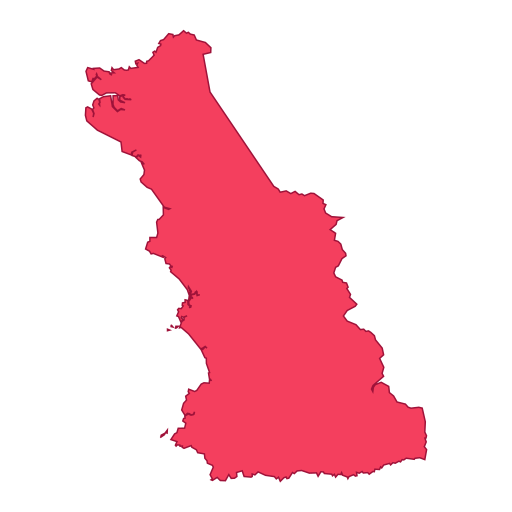 Mariato, Veraguas, Panama (Mercator projection)
{"feature_id": "35544464B44926155348372", "entity_name": "Mariato", "entity_type": "district", "adm_level": 2, "iso_a3": "PAN", "parent_name": "Panama", "parent_adm1": "Veraguas", "projection": "mercator", "projection_center": [-80.871, 7.491], "detail": "fine", "context": "isolated", "style": "filled", "palette": "rose", "viewbox_px": 512, "rotation_deg": 0, "n_neighbors": 0, "source": "geoboundaries", "source_scale": "gbopen_adm2", "svg_char_len": 5998}
<svg xmlns="http://www.w3.org/2000/svg" viewBox="0 0 512 512"><path d="M183.6,30.7L178.9,34.9L174.7,35.7L173.4,37.1L172.9,34.5L168.7,33.7L163.6,39.6L160.5,40.6L158.8,43.5L160.9,44.1L160.6,45.6L157.7,47.4L156.0,52.2L154.7,51.1L152.9,52.3L154.1,55.2L148.6,60.8L146.7,61.3L146.6,63.3L144.4,63.4L139.0,59.7L135.3,61.2L135.8,63.8L137.7,63.2L136.8,65.1L138.1,67.4L130.8,68.4L129.3,66.8L128.4,69.9L126.7,70.3L124.3,70.0L121.3,67.6L119.0,69.0L113.6,69.7L112.0,67.7L111.3,70.5L114.2,72.8L110.0,73.0L111.9,75.2L109.7,73.8L109.1,71.8L104.1,71.1L99.7,68.0L93.4,68.4L93.7,69.3L87.7,67.6L86.0,71.3L88.3,80.8L91.8,81.9L93.2,77.9L93.4,79.8L96.8,76.1L96.3,74.4L96.6,73.8L97.2,75.4L96.5,76.8L98.2,77.0L101.3,79.7L97.1,77.1L91.2,83.8L92.9,89.5L99.5,95.0L101.7,95.4L106.5,92.9L115.3,92.8L119.8,95.8L122.9,94.7L125.2,95.1L123.5,95.6L123.3,96.8L125.4,99.1L127.0,98.7L128.8,99.4L129.9,98.9L131.2,99.7L125.1,99.4L123.2,97.3L122.6,95.4L119.7,97.0L119.8,100.2L125.0,102.7L120.6,102.0L118.3,99.9L117.7,95.6L113.1,95.8L113.0,104.4L114.1,107.3L117.5,110.8L121.2,108.5L125.0,109.9L120.6,109.5L117.4,111.6L112.4,106.6L110.6,95.8L103.4,96.7L99.5,98.8L100.0,102.5L99.1,104.0L99.7,104.9L99.7,105.1L99.7,105.3L98.7,104.0L99.8,102.3L98.9,99.5L97.1,98.3L94.0,100.9L92.7,104.9L93.9,107.9L92.5,109.5L94.0,113.5L93.1,117.1L93.7,113.4L91.7,109.1L87.6,106.9L85.9,107.8L85.4,115.3L86.8,120.9L97.4,130.2L121.0,142.0L122.1,151.5L131.2,154.9L131.8,152.2L136.4,149.9L132.6,152.1L132.1,155.5L136.3,156.9L138.0,154.9L140.4,155.6L140.9,154.6L140.6,157.1L138.3,155.4L136.6,157.3L135.2,156.8L139.5,160.8L142.2,161.8L144.3,164.4L141.1,162.0L144.5,170.1L143.9,174.6L140.2,179.0L141.1,182.0L147.1,187.3L151.5,189.2L164.3,207.2L169.9,208.7L168.6,209.4L164.3,207.8L163.2,206.4L163.4,214.9L159.2,219.4L157.8,219.5L156.6,222.1L157.9,233.1L156.6,237.5L149.9,237.5L149.9,241.3L147.7,242.2L145.6,249.0L149.5,251.2L151.1,253.9L153.4,253.4L163.9,257.6L161.9,256.1L162.6,255.7L165.7,257.6L164.8,258.8L166.0,263.5L169.5,264.0L171.7,267.1L172.4,265.7L171.9,267.4L170.1,266.9L169.4,267.8L171.1,270.2L170.6,271.7L179.2,279.0L187.3,289.7L189.3,295.4L188.7,300.1L190.7,296.7L189.4,292.6L190.9,291.5L189.6,290.6L189.6,289.2L188.4,287.9L188.5,286.7L191.4,291.3L190.2,294.7L194.6,293.7L195.3,292.1L196.6,291.3L197.1,291.9L197.1,295.2L199.8,294.7L197.1,295.6L196.3,291.7L194.7,294.2L191.3,294.9L190.8,297.8L191.6,297.3L192.2,297.3L192.8,298.6L191.6,297.5L188.6,301.6L189.1,304.9L191.1,305.8L190.5,307.3L189.0,307.6L190.6,306.9L188.0,304.5L187.8,300.4L185.1,299.8L185.1,302.4L182.5,302.9L182.2,305.3L183.2,305.9L181.3,308.6L178.7,308.4L177.6,309.8L178.6,311.8L176.8,315.9L178.5,316.6L180.8,321.9L183.1,319.4L181.2,317.9L181.7,316.5L183.4,317.2L187.1,315.8L184.1,317.2L184.1,319.9L181.8,321.5L179.6,327.8L181.1,327.4L188.6,333.9L200.8,349.2L201.2,348.5L202.5,349.0L202.5,348.2L205.2,346.4L207.0,348.2L205.3,346.7L202.8,349.4L201.1,349.5L204.9,357.7L206.3,358.2L206.4,363.4L209.6,372.6L208.5,373.0L209.5,379.1L210.5,379.3L211.0,380.3L209.5,380.3L209.2,383.2L203.9,382.8L201.2,384.1L196.8,390.4L194.7,391.5L188.7,389.2L188.2,391.7L189.3,393.4L185.7,396.2L186.5,400.1L183.6,403.3L181.7,410.0L185.1,415.5L187.4,413.3L189.6,413.7L190.7,414.9L193.4,414.4L194.5,411.8L194.1,414.0L193.5,414.6L191.1,415.2L188.2,414.0L184.8,416.1L185.1,418.1L183.6,418.5L182.8,421.0L185.8,423.2L184.6,428.2L178.2,428.3L176.9,432.7L174.6,433.9L170.9,439.6L177.0,441.6L175.4,445.2L176.1,446.1L177.3,444.9L179.9,445.1L180.0,446.2L182.4,446.1L182.2,447.3L184.0,448.3L191.2,445.6L191.8,447.2L196.4,449.8L197.7,452.7L204.4,453.9L204.9,458.3L207.0,460.7L207.4,463.2L212.4,465.3L213.3,467.1L210.1,474.7L212.4,478.9L211.1,479.8L212.5,480.4L217.2,477.4L220.3,480.5L225.4,480.7L228.8,474.6L231.2,478.4L234.5,478.2L236.9,476.5L236.5,472.5L242.2,470.8L244.1,476.5L251.1,477.1L252.2,476.5L252.2,474.0L254.9,474.9L258.1,471.9L265.5,475.3L274.4,476.6L276.3,478.9L278.5,477.2L280.3,481.3L283.9,477.7L286.1,477.0L286.9,478.6L288.8,478.2L292.5,472.5L294.3,473.6L297.2,470.9L301.7,470.5L309.3,473.1L316.5,472.9L318.1,476.3L320.9,471.7L323.5,472.0L324.3,473.5L331.8,474.2L332.5,475.8L334.4,474.3L335.6,477.1L338.0,474.3L342.0,474.6L341.2,473.4L341.6,472.6L342.6,475.2L347.3,477.0L347.9,478.6L349.0,476.6L353.5,474.7L355.4,476.1L357.0,475.7L356.5,472.3L359.2,473.2L362.1,471.5L363.3,473.0L367.7,472.6L369.2,474.2L372.9,471.5L374.3,471.7L374.9,469.2L379.5,469.5L380.6,466.9L381.7,467.9L383.7,465.0L389.5,463.4L390.6,464.9L392.9,462.7L395.3,463.2L398.9,461.2L400.5,461.9L402.2,459.6L403.8,459.9L406.2,458.2L414.3,459.3L415.0,458.3L419.7,457.7L424.8,459.6L426.6,449.6L424.3,446.7L426.2,441.9L424.9,438.1L426.0,438.0L426.5,435.7L424.8,432.1L425.3,421.8L422.2,408.1L418.8,407.3L411.0,408.2L408.1,407.2L405.4,404.1L397.0,402.0L393.6,396.0L389.4,392.6L388.7,386.4L381.2,382.3L375.2,384.7L373.4,387.3L372.8,391.6L371.5,389.1L373.0,385.5L383.6,376.3L382.1,373.4L383.8,367.3L379.6,358.4L383.6,354.8L382.2,348.1L375.5,339.9L374.4,335.7L370.8,332.4L368.5,330.9L365.9,331.4L363.7,329.2L360.4,329.6L356.0,324.7L347.2,321.1L343.4,316.0L347.2,310.5L355.2,306.3L356.8,304.2L349.5,297.4L350.5,294.4L346.8,288.5L348.1,287.2L346.5,283.0L342.7,282.3L342.0,280.1L335.6,276.8L333.8,272.9L335.6,267.3L338.3,265.9L342.0,258.6L346.0,255.8L345.6,253.3L342.3,249.6L340.8,244.1L338.0,241.4L334.4,240.3L335.6,233.3L330.1,229.6L336.1,224.4L337.0,220.7L343.0,217.5L331.6,216.7L325.6,213.0L324.0,208.9L325.9,204.7L323.0,203.4L323.2,200.0L314.0,193.5L310.7,193.2L304.5,195.7L301.9,194.0L299.0,194.7L295.1,191.4L290.8,193.6L286.2,190.9L280.2,192.2L278.2,189.0L273.8,186.4L210.0,92.0L203.1,54.3L210.7,52.5L210.9,47.7L205.4,42.5L196.4,40.0L194.2,35.0L190.3,34.1L188.3,32.3L186.5,33.2L183.6,30.7ZM164.4,434.7L165.3,433.0L161.2,435.2L161.0,436.2L162.2,436.2L160.2,437.6L164.4,434.7ZM178.3,326.3L175.9,326.3L175.6,328.1L176.5,327.9L178.3,326.3ZM167.1,433.1L167.3,430.1L165.5,432.5L167.1,433.1ZM169.7,330.1L167.5,329.2L167.5,330.7L169.7,330.1ZM172.9,327.0L171.5,325.3L171.2,325.4L171.1,326.6L172.9,327.0Z" fill="#f43f5e" stroke="#9f1239" stroke-width="1.5"/></svg>